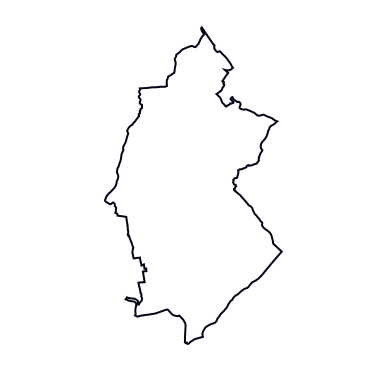 outline of Catunele, Mehedinti, Romania, rotated 41°
{"feature_id": "2599482B53322933719204", "entity_name": "Catunele", "entity_type": "district", "adm_level": 2, "iso_a3": "ROU", "parent_name": "Romania", "parent_adm1": "Mehedinti", "projection": "albers", "projection_center": [22.933, 44.84], "detail": "fine", "context": "isolated", "style": "outline", "palette": "ink", "viewbox_px": 384, "rotation_deg": 41, "n_neighbors": 0, "source": "geoboundaries", "source_scale": "gbopen_adm2", "svg_char_len": 5969}
<svg xmlns="http://www.w3.org/2000/svg" viewBox="0 0 384 384"><g transform="rotate(41 192 192)"><path d="M212.3,316.5L215.3,315.6L217.5,314.5L219.8,312.9L220.6,312.6L222.1,312.5L222.9,312.8L224.0,313.8L226.4,317.9L227.9,319.6L229.4,320.9L229.9,322.6L232.2,322.0L233.0,321.5L233.3,320.6L233.9,320.1L234.3,319.2L237.0,316.0L240.3,312.3L243.6,308.3L245.0,306.2L249.0,299.0L250.4,297.0L250.9,296.7L251.6,296.7L257.0,297.4L258.3,297.3L259.8,296.8L262.4,295.3L263.1,294.5L263.4,293.6L269.4,294.2L272.8,295.4L274.6,296.8L280.9,304.8L282.7,307.1L284.3,308.7L284.6,309.4L285.1,310.0L286.1,310.2L286.9,309.1L287.7,309.7L288.2,309.7L288.5,309.3L289.1,308.2L289.1,306.2L289.9,303.8L290.1,302.2L291.0,300.9L291.8,299.1L292.4,298.7L293.1,297.4L295.3,294.2L293.4,292.7L292.7,291.9L291.8,290.0L291.0,285.8L291.3,284.0L292.6,280.1L294.9,276.1L295.1,275.6L295.2,274.2L295.1,273.1L294.3,270.8L294.0,266.8L293.7,265.8L294.1,261.0L294.0,257.8L294.1,256.2L293.3,253.7L292.8,250.6L292.7,248.6L293.0,247.8L293.0,247.0L293.0,246.2L292.6,245.0L292.6,244.1L292.8,241.6L293.4,240.3L293.8,238.6L294.2,234.6L295.1,230.7L296.0,229.2L296.6,228.3L296.9,225.9L296.6,224.3L296.6,222.6L296.7,220.9L297.1,219.4L298.0,217.6L298.9,214.2L299.3,209.5L298.9,194.6L298.8,178.1L287.1,177.7L285.1,175.8L284.4,175.4L281.1,173.1L279.0,172.0L277.5,171.7L274.8,171.6L272.9,171.9L269.9,172.0L269.0,171.9L266.4,171.1L265.8,169.8L265.1,169.1L262.2,168.9L260.9,168.5L260.6,168.3L260.5,168.1L259.1,168.2L256.2,167.5L253.7,167.4L251.7,166.6L247.5,164.5L245.8,164.3L243.1,164.9L242.0,164.4L230.4,162.8L224.3,163.0L224.0,162.6L222.8,163.1L222.4,162.9L221.6,162.1L221.7,161.8L222.1,161.2L221.4,159.9L221.5,158.7L220.7,158.6L220.5,158.1L220.2,158.0L219.0,158.6L218.6,158.6L217.4,158.1L216.6,157.6L216.4,156.8L216.0,156.6L215.7,156.0L215.2,155.8L215.4,154.7L215.1,154.0L215.2,153.5L216.4,152.2L216.6,151.9L216.7,151.6L216.2,150.9L214.6,147.3L213.8,146.6L213.5,146.0L212.7,145.7L212.5,145.4L212.8,144.6L213.0,143.8L214.6,142.2L215.2,140.6L215.9,139.7L216.5,138.4L216.7,137.5L216.4,137.3L216.4,136.9L216.4,135.6L216.5,135.3L217.1,134.5L217.8,134.9L219.3,133.0L219.9,132.2L220.5,130.6L221.9,128.6L222.2,127.5L221.9,126.4L221.9,124.5L221.6,124.1L220.4,123.2L220.3,122.2L219.5,121.6L219.2,120.1L218.6,119.0L218.1,116.2L217.9,114.5L217.6,114.3L215.5,113.7L214.4,113.0L213.2,111.6L212.4,109.7L212.1,107.0L212.3,105.0L212.1,102.9L211.5,100.3L210.1,97.2L209.5,96.1L209.1,94.4L208.1,91.9L208.4,89.8L209.2,87.8L209.6,86.2L209.7,83.4L209.9,82.8L207.6,83.6L203.8,83.9L199.8,85.4L195.3,86.7L194.7,87.4L192.9,90.1L191.3,91.3L187.0,91.4L181.7,93.0L178.5,94.2L176.6,96.3L174.0,97.4L173.2,97.4L172.5,97.1L172.0,96.2L171.6,94.8L171.0,93.7L170.1,93.3L169.3,93.1L168.7,93.1L167.7,93.6L167.1,94.4L165.8,94.4L164.1,94.7L162.2,94.8L160.3,93.8L160.0,94.1L159.9,95.1L159.8,96.1L160.1,96.5L162.3,96.9L164.5,97.0L164.6,97.4L164.5,97.8L163.7,99.6L162.8,99.9L162.8,101.3L162.6,102.2L162.3,103.0L161.9,103.5L161.7,104.3L161.9,104.7L161.8,105.0L161.6,105.2L160.7,105.2L157.8,104.7L156.2,104.7L155.6,104.5L153.6,103.2L152.0,102.5L150.4,102.2L146.2,102.0L146.9,99.7L147.1,97.9L147.3,97.9L147.6,96.8L147.5,95.8L146.6,92.8L146.6,91.1L145.8,89.6L144.5,89.7L144.1,88.1L142.2,88.4L141.2,80.3L141.3,78.5L136.6,78.3L138.5,77.3L139.7,76.4L140.6,75.0L141.1,73.6L141.4,71.3L139.6,71.0L137.3,70.0L131.5,68.6L127.8,68.0L126.0,68.0L120.6,67.5L119.4,69.7L118.4,69.9L116.3,69.5L114.7,69.1L114.2,68.3L113.2,67.7L113.0,66.8L112.0,66.4L110.5,66.4L91.4,61.4L91.5,62.5L93.4,63.8L97.8,65.2L97.7,68.6L98.1,70.1L98.1,70.9L98.3,71.7L98.7,72.4L99.1,74.4L99.7,75.6L99.6,77.1L99.7,79.4L99.5,80.3L99.3,80.7L97.2,81.4L95.9,82.1L94.4,84.3L92.8,87.5L91.3,90.7L91.1,92.2L91.0,94.2L90.3,97.6L90.1,98.7L90.2,98.9L91.1,100.2L91.5,102.3L92.0,103.3L92.6,103.8L94.4,104.7L95.3,105.7L96.5,107.3L97.3,109.1L99.3,111.9L100.5,113.8L100.5,114.0L99.8,115.2L99.4,117.7L98.4,120.2L98.3,120.6L98.8,121.4L99.6,123.9L101.4,126.4L103.0,127.8L103.5,128.4L103.2,128.8L103.2,129.3L102.5,130.3L100.5,132.2L99.0,133.3L98.5,134.1L96.6,136.1L93.1,139.3L90.1,142.7L84.7,148.0L85.1,148.2L85.6,148.7L85.7,149.9L86.7,151.3L88.9,152.3L89.1,153.2L89.1,154.6L89.5,155.2L90.4,155.6L91.9,155.7L92.7,156.2L93.2,157.0L93.7,158.6L94.1,159.1L95.3,159.4L97.1,159.1L99.1,161.3L99.2,161.6L98.8,163.2L98.9,163.5L99.7,164.6L99.4,165.0L101.1,166.8L100.8,167.3L100.8,167.7L100.8,168.2L101.0,168.7L101.5,168.9L102.3,169.5L102.2,170.0L102.6,175.5L102.8,176.0L102.5,178.0L102.6,179.0L102.8,180.3L102.2,182.3L102.0,184.7L102.8,188.1L103.2,188.6L105.5,189.7L107.3,194.1L108.3,195.8L109.5,198.8L109.8,199.9L109.9,201.3L110.8,203.6L111.8,204.7L112.7,205.3L113.6,208.3L114.1,209.7L114.7,210.8L115.3,211.5L117.3,214.8L120.2,222.0L120.2,222.9L120.6,223.6L122.1,226.1L122.9,226.7L124.7,227.5L125.8,228.3L126.8,229.5L127.7,231.3L128.0,233.0L129.3,234.9L130.1,236.9L130.5,238.2L130.7,239.9L130.5,245.3L130.1,248.2L130.3,251.2L130.4,251.8L131.4,254.3L131.6,255.1L132.7,255.9L133.7,255.9L135.1,255.5L137.8,255.1L138.6,254.6L138.9,253.9L138.9,252.5L139.3,251.8L139.8,251.5L140.8,251.5L141.5,251.9L143.2,253.3L143.8,253.2L144.9,253.6L146.5,255.6L148.0,258.1L148.9,257.5L150.0,257.6L150.5,257.8L151.3,258.7L158.7,253.9L162.9,257.6L164.7,258.9L165.2,259.7L166.6,260.6L167.8,262.1L169.6,263.5L170.7,264.7L170.9,265.1L171.0,265.6L171.7,266.5L172.0,266.6L171.9,266.1L172.1,266.1L173.6,266.5L174.5,267.3L175.6,267.8L180.9,270.6L183.5,272.3L184.3,272.5L184.5,272.8L184.6,273.6L187.0,277.2L188.7,278.1L190.2,279.5L191.5,280.4L192.1,280.0L193.3,278.2L194.5,277.1L195.7,275.7L197.5,277.2L202.2,280.6L203.2,278.2L206.5,281.1L207.6,279.8L209.5,281.6L207.1,284.2L215.4,291.1L211.9,294.6L211.1,295.6L213.7,297.7L216.3,299.3L219.4,302.0L220.0,301.8L220.9,302.4L222.2,304.0L223.4,304.8L223.9,304.9L224.3,305.4L224.9,306.2L225.3,307.4L225.3,308.3L225.2,308.9L225.3,309.5L225.3,310.1L225.7,312.0L225.2,312.3L224.6,312.0L223.1,310.1L222.5,309.7L219.1,310.0L214.2,313.3L213.0,313.9L212.2,314.1L212.3,314.3L212.3,316.5Z" fill="none" stroke="#020617" stroke-width="2"/></g></svg>